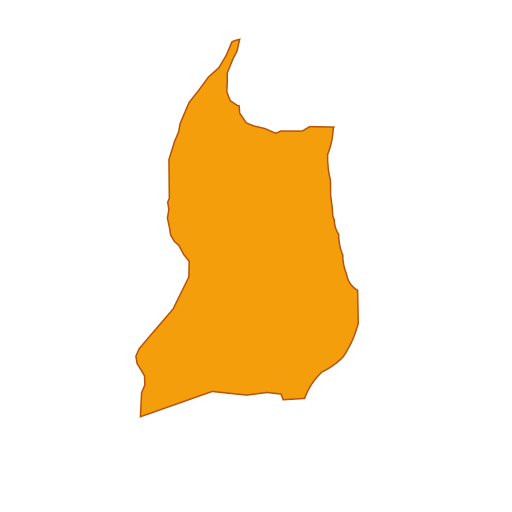 the district of Mit Ghamr, Ad Daqahliyah, Egypt, rotated 203°
{"feature_id": "37247803B10909701940084", "entity_name": "Mit Ghamr", "entity_type": "district", "adm_level": 2, "iso_a3": "EGY", "parent_name": "Egypt", "parent_adm1": "Ad Daqahliyah", "projection": "natural_earth1", "projection_center": [31.269, 30.712], "detail": "fine", "context": "isolated", "style": "filled", "palette": "amber", "viewbox_px": 512, "rotation_deg": 203, "n_neighbors": 0, "source": "geoboundaries", "source_scale": "gbopen_adm2", "svg_char_len": 3420}
<svg xmlns="http://www.w3.org/2000/svg" viewBox="0 0 512 512"><g transform="rotate(203 256 256)"><path d="M234.7,405.1L257.1,396.1L262.3,389.0L281.8,380.8L285.8,376.7L291.6,376.7L297.5,376.8L309.2,374.8L317.0,374.8L326.8,381.1L330.2,387.6L332.1,387.3L340.4,388.9L347.1,395.8L350.6,405.4L354.0,413.2L354.2,428.9L353.5,436.8L355.7,449.1L359.8,445.9L361.8,443.8L361.8,441.7L361.8,439.7L361.8,435.5L361.8,433.4L361.8,429.2L363.8,414.7L369.7,402.2L373.6,385.6L375.2,380.0L377.6,371.1L377.6,366.9L377.6,360.7L377.6,348.2L375.7,339.9L375.7,329.4L373.8,310.7L358.3,275.2L358.3,271.0L354.4,264.8L353.3,260.3L352.4,256.4L346.6,248.1L342.7,241.8L336.9,237.6L331.0,235.5L323.2,229.2L315.4,225.0L312.7,218.2L311.9,216.2L309.6,210.4L310.8,189.6L311.6,175.0L314.9,164.4L318.1,154.4L322.8,139.5L327.3,125.2L327.4,116.8L323.5,110.6L317.6,106.4L311.8,102.1L307.9,93.8L307.9,85.5L299.6,62.9L243.4,114.2L225.6,119.6L210.1,124.4L192.5,134.7L178.9,138.7L174.8,134.3L155.6,143.9L155.6,144.5L155.7,145.2L155.7,146.9L155.7,148.5L155.7,150.2L155.6,151.9L155.5,153.6L155.3,155.2L155.1,156.9L154.9,158.6L154.6,160.2L154.2,161.9L153.9,163.5L153.5,165.1L153.0,166.7L152.5,168.3L152.0,169.9L151.4,171.5L150.8,173.0L150.2,174.5L150.0,174.9L149.9,175.2L149.1,176.1L148.0,177.4L146.9,178.8L145.8,180.1L144.8,181.5L143.8,183.0L142.9,184.4L142.0,185.9L141.1,187.4L140.2,188.9L139.4,190.5L138.7,192.0L137.9,193.6L137.2,195.2L136.6,196.8L136.4,197.3L136.0,199.4L135.6,201.5L135.3,203.6L135.1,205.7L134.9,207.9L134.7,210.0L134.5,212.1L134.4,214.2L134.4,216.3L134.4,218.5L134.4,220.6L134.5,222.7L134.6,224.9L134.8,227.0L135.0,229.1L135.2,231.2L135.5,233.3L135.5,233.7L135.6,234.1L149.1,264.2L149.4,264.2L149.7,264.3L150.7,264.4L151.6,264.6L152.1,264.7L152.6,264.8L153.5,265.1L154.0,265.3L154.4,265.4L155.3,265.8L155.8,266.0L156.2,266.2L157.1,266.6L157.5,266.9L157.9,267.1L158.8,267.6L159.2,267.9L159.6,268.2L160.4,268.8L160.7,269.1L161.1,269.4L161.9,270.1L162.2,270.4L162.6,270.8L163.2,271.5L163.6,271.9L163.9,272.3L164.5,273.1L164.8,273.5L165.1,273.9L165.6,274.7L165.7,274.9L165.9,275.2L166.0,275.2L166.9,276.1L167.4,276.7L167.9,277.2L168.8,278.2L169.2,278.7L169.6,279.2L170.5,280.3L170.9,280.8L171.3,281.4L172.1,282.5L172.5,283.1L172.8,283.7L173.5,284.8L173.9,285.4L174.2,286.0L174.9,287.3L175.2,287.9L175.5,288.5L176.0,289.8L176.4,290.6L176.8,291.1L177.9,292.1L178.9,293.2L179.9,294.4L180.9,295.5L181.8,296.7L182.7,298.0L183.5,299.2L184.3,300.5L185.1,301.8L185.9,303.1L186.6,304.4L187.3,305.8L187.9,307.2L188.4,308.3L188.8,308.5L189.1,308.8L189.6,309.1L190.4,309.7L190.8,310.1L191.2,310.4L192.0,311.1L192.3,311.4L192.7,311.8L193.4,312.6L193.7,312.9L194.1,313.3L194.7,314.1L195.0,314.6L195.3,315.0L195.9,315.9L196.2,316.3L196.5,316.7L197.0,317.7L197.2,318.1L197.5,318.6L197.9,319.5L198.1,320.1L198.7,320.5L199.1,320.9L199.5,321.2L199.7,321.4L200.2,322.0L200.6,322.5L201.1,323.1L201.4,323.9L202.7,326.3L204.0,328.8L205.3,331.3L206.7,333.7L208.1,336.1L209.5,338.4L209.5,338.5L210.7,340.3L216.9,354.5L217.9,355.9L219.1,357.6L220.2,359.3L221.4,361.0L222.4,362.7L223.5,364.5L224.5,366.3L225.4,368.1L226.4,369.9L227.3,371.7L228.1,373.6L228.9,375.5L229.7,377.4L229.8,377.5L229.8,379.2L229.9,381.0L230.1,382.8L230.2,384.6L230.4,386.3L230.7,388.1L231.0,389.9L231.3,391.6L231.7,393.4L232.1,395.1L232.6,396.9L233.1,398.6L233.6,400.3L234.2,402.0L234.7,403.4L234.7,403.6L234.7,403.8L234.7,404.9L234.7,405.1Z" fill="#f59e0b" stroke="#b45309" stroke-width="1.5"/></g></svg>